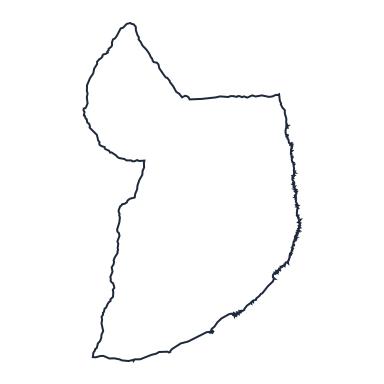 outline of Santa Catarina Do Fogo, Santa Catarina do Fogo, Cabo Verde
{"feature_id": "66160863B71170562423195", "entity_name": "Santa Catarina Do Fogo", "entity_type": "district", "adm_level": 2, "iso_a3": "CPV", "parent_name": "Cabo Verde", "parent_adm1": "Santa Catarina do Fogo", "projection": "mercator", "projection_center": [-24.327, 14.901], "detail": "fine", "context": "isolated", "style": "outline", "palette": "slate", "viewbox_px": 384, "rotation_deg": 0, "n_neighbors": 0, "source": "geoboundaries", "source_scale": "gbopen_adm2", "svg_char_len": 6009}
<svg xmlns="http://www.w3.org/2000/svg" viewBox="0 0 384 384"><path d="M92.8,357.1L95.8,357.3L100.3,356.0L103.4,355.9L109.4,358.5L114.3,358.3L119.7,359.4L122.0,360.4L128.6,361.0L133.2,359.9L133.5,360.9L134.8,359.3L140.1,359.3L151.6,354.8L156.1,353.7L159.1,352.0L167.5,351.7L169.0,352.5L170.3,351.9L170.3,351.1L171.8,349.2L180.8,343.4L187.9,341.6L206.6,332.2L209.4,331.9L209.5,332.5L210.3,332.7L210.9,331.7L211.4,332.5L212.4,332.9L212.9,331.7L213.8,332.1L212.8,331.0L211.8,331.6L211.3,331.2L211.1,330.5L211.8,328.8L214.4,326.7L217.3,322.4L221.5,318.4L229.2,314.1L232.0,313.6L232.9,315.0L233.6,315.2L233.7,314.5L234.3,315.8L234.5,314.1L235.3,315.0L235.4,314.1L236.0,314.8L236.1,313.8L236.7,313.8L236.9,314.6L237.4,313.4L237.8,314.4L237.4,313.1L238.8,314.1L238.9,312.6L239.7,312.6L239.4,311.2L240.3,311.6L240.1,311.1L241.3,310.7L241.9,311.2L244.3,309.9L244.4,308.9L247.0,305.6L250.6,303.0L251.3,303.5L251.2,302.3L252.3,301.3L253.1,301.9L253.1,300.6L256.1,299.8L256.2,298.5L259.6,295.7L260.8,294.0L262.4,293.2L267.8,286.3L272.9,281.4L273.9,278.6L274.6,278.7L273.0,277.3L272.8,276.4L273.3,274.3L274.2,273.6L275.0,273.8L274.6,272.7L275.6,272.8L275.4,272.3L275.8,272.1L277.1,272.8L276.7,271.7L277.3,272.1L277.2,271.4L277.8,271.6L277.6,270.8L278.1,270.8L278.3,270.0L278.9,269.5L279.3,269.8L279.2,269.1L279.9,269.4L279.7,268.7L280.9,267.2L281.6,268.1L280.8,266.7L281.5,266.6L282.5,267.6L282.0,266.2L283.6,265.5L284.4,266.0L284.4,264.8L284.9,265.0L285.6,262.6L287.0,262.2L288.1,263.2L287.8,261.4L289.0,259.8L288.8,259.0L289.9,257.0L289.5,256.4L289.9,254.5L291.4,255.4L290.5,253.9L291.3,253.5L290.6,253.0L291.5,252.2L291.6,250.9L292.3,250.6L292.0,249.7L293.0,248.6L292.2,248.0L292.7,247.8L292.4,246.4L293.1,245.3L294.1,245.3L294.1,244.8L293.2,244.5L293.7,241.5L294.2,241.5L294.5,240.3L295.6,240.5L296.1,239.8L295.0,239.1L296.1,238.3L295.1,238.0L295.1,237.3L296.0,237.1L295.0,236.8L295.1,236.2L297.1,235.0L296.5,234.4L297.2,234.0L296.8,232.9L297.8,233.0L297.5,231.6L298.6,231.5L297.9,230.8L299.1,230.7L298.1,230.1L298.7,229.4L298.2,228.7L299.3,228.2L299.0,227.3L300.1,227.3L298.9,225.6L300.1,225.1L299.5,223.7L300.2,223.1L298.1,222.3L299.2,221.3L298.3,221.0L299.6,220.8L300.5,219.7L299.4,219.9L298.5,218.7L298.7,217.9L298.0,217.5L298.2,216.4L297.6,216.5L297.0,215.6L297.5,215.3L297.0,215.2L296.8,212.9L297.3,209.0L298.3,208.3L296.9,206.8L297.6,206.2L296.8,206.3L297.3,205.7L296.7,205.4L297.3,205.0L296.5,204.5L297.2,204.2L295.8,201.5L296.1,199.9L295.5,199.2L296.0,198.0L295.2,197.6L296.1,197.3L295.2,197.2L295.8,196.8L295.8,195.9L295.1,196.1L294.8,195.5L296.3,193.9L296.4,193.1L295.7,192.2L296.4,192.4L296.9,191.6L295.8,191.6L295.9,190.8L295.2,190.7L296.2,189.7L294.8,189.2L295.3,189.1L294.8,188.6L295.4,188.1L294.5,188.3L294.6,187.2L293.8,187.7L294.6,186.7L293.6,186.9L293.6,186.0L294.4,185.7L293.7,185.8L293.9,184.7L293.3,184.5L294.2,184.1L294.2,183.2L293.5,183.5L292.9,183.1L293.9,182.0L292.3,179.6L292.4,178.4L293.2,178.3L292.5,177.2L293.5,176.6L292.6,175.7L294.3,175.2L293.9,174.9L294.2,174.6L293.9,173.3L294.2,172.4L294.8,172.5L294.1,171.9L294.8,171.2L294.0,171.0L293.8,170.1L294.1,168.5L293.5,165.4L294.1,164.7L293.6,164.7L293.2,163.6L293.8,162.8L292.3,162.0L291.7,159.2L292.6,157.3L291.7,157.0L292.1,156.3L291.4,155.9L291.5,154.1L290.9,154.0L290.9,152.2L292.2,150.8L291.0,150.7L291.0,149.1L291.8,148.4L292.4,145.3L291.7,145.7L291.9,145.0L291.1,144.9L291.5,144.0L290.5,144.4L290.8,143.4L289.9,143.8L289.0,142.8L288.4,139.4L287.4,138.5L287.6,137.4L286.9,136.8L287.4,136.0L286.7,136.1L287.0,135.5L286.4,135.6L286.3,135.1L286.8,134.8L286.0,134.5L285.7,133.8L285.5,130.7L286.2,127.5L286.8,127.6L286.6,126.8L287.3,127.1L286.9,126.1L287.1,126.4L287.8,126.4L287.3,126.3L288.1,125.7L286.5,125.6L286.5,124.7L287.7,124.1L286.8,124.2L286.2,123.4L286.3,118.5L284.8,113.4L284.8,110.2L282.4,107.6L280.8,104.3L281.1,103.6L279.8,100.7L279.1,94.3L277.7,95.0L275.6,95.0L272.5,96.4L269.1,96.9L261.8,95.4L255.6,96.5L252.3,95.4L247.2,97.6L243.9,96.4L242.0,97.2L239.6,96.1L237.8,96.1L236.9,96.9L233.1,96.1L230.1,96.2L228.4,97.0L220.0,96.4L215.8,97.4L201.9,98.9L189.6,99.4L188.5,97.2L186.6,96.1L185.1,95.8L182.0,97.3L179.3,93.8L176.3,91.9L173.2,86.3L169.9,82.0L169.7,80.9L167.3,77.9L165.9,77.5L164.6,76.0L159.3,68.3L158.4,64.3L156.9,62.7L153.7,62.1L152.7,60.8L152.1,58.6L151.0,57.5L149.2,53.6L146.4,49.6L142.6,45.7L140.4,41.5L138.6,39.5L138.9,37.4L137.5,35.2L135.9,30.4L135.8,26.9L133.8,24.4L131.4,23.8L130.3,23.0L126.7,23.9L123.1,27.7L120.7,28.4L116.8,35.9L115.1,38.3L113.0,39.4L111.9,42.6L112.1,44.9L111.5,46.5L108.6,48.9L108.7,50.1L107.3,51.7L107.8,52.6L105.6,53.9L103.4,54.4L102.5,55.4L102.4,56.7L100.6,58.6L99.5,59.0L97.1,61.8L97.1,64.1L94.2,68.6L93.2,73.4L90.1,78.0L87.0,85.3L86.9,91.1L87.6,93.4L86.8,97.4L87.6,103.3L86.0,107.3L85.4,108.1L84.0,108.4L83.5,109.5L83.6,110.6L84.5,111.9L83.9,115.5L84.8,115.9L85.7,118.6L86.7,119.2L87.2,122.3L89.3,124.1L89.9,126.5L89.6,127.6L96.9,134.9L98.2,140.5L99.6,142.2L99.2,143.8L99.7,144.9L101.4,146.1L104.6,147.0L104.7,148.4L105.6,149.2L109.0,150.7L110.2,152.6L111.5,152.4L115.9,155.3L117.9,157.4L119.4,158.1L124.5,159.0L126.4,160.4L131.2,160.4L132.1,161.2L134.4,161.3L137.1,160.1L139.2,161.0L144.4,160.6L143.9,163.2L144.1,167.5L142.6,170.9L142.3,174.8L139.4,179.9L137.5,185.4L137.1,189.4L135.2,193.9L134.7,197.5L130.0,198.7L127.7,200.4L126.8,202.4L124.6,203.8L122.2,204.2L121.4,205.5L120.1,206.4L118.8,209.9L118.6,211.8L119.6,213.8L119.2,215.2L119.9,217.5L119.3,222.5L117.1,229.6L117.4,231.6L118.9,233.1L119.5,235.8L117.4,241.5L118.3,243.8L117.6,248.0L118.1,249.9L117.4,251.7L117.6,253.0L114.6,257.7L113.6,260.5L114.1,261.5L113.5,264.5L111.7,267.3L112.5,271.8L110.3,277.0L110.8,278.6L110.6,280.5L111.4,282.1L113.1,283.3L114.2,286.9L114.3,287.9L112.8,289.8L113.3,292.3L113.0,296.9L110.5,299.3L110.5,301.0L109.1,301.9L107.8,303.7L106.0,307.8L104.6,308.6L103.9,311.9L102.9,312.9L103.1,314.6L101.6,316.8L102.1,319.8L101.5,323.4L103.2,331.2L101.5,334.6L101.2,338.1L100.1,341.0L97.9,343.4L96.8,347.9L95.1,349.2L95.0,350.4L93.4,352.6L92.8,357.1Z" fill="none" stroke="#1e293b" stroke-width="2"/></svg>